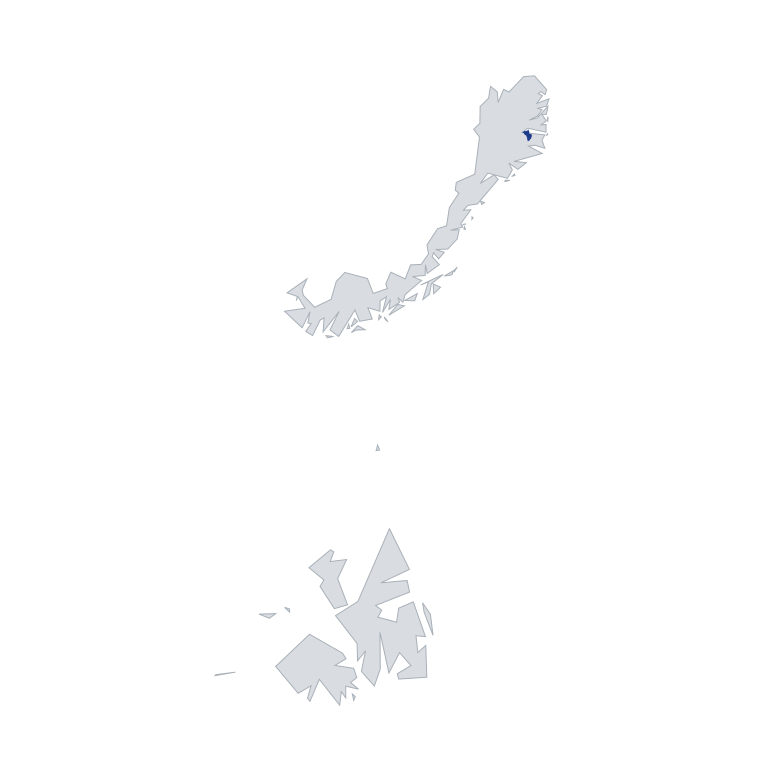 Sogndal nor, Sogn og Fjordane, Norway shown in context, rotated 187°
{"feature_id": "86288312B91120351294699", "entity_name": "Sogndal nor", "entity_type": "district", "adm_level": 2, "iso_a3": "NOR", "parent_name": "Norway", "parent_adm1": "Sogn og Fjordane", "projection": "mercator", "projection_center": [6.969, 61.338], "detail": "fine", "context": "in_parent", "style": "filled", "palette": "blue", "viewbox_px": 768, "rotation_deg": 187, "n_neighbors": 0, "source": "geoboundaries", "source_scale": "gbopen_adm2", "svg_char_len": 6076}
<svg xmlns="http://www.w3.org/2000/svg" viewBox="0 0 768 768"><g transform="rotate(187 384 384)"><path d="M405.8,472.6L392.3,479.1L394.4,483.5L390.9,495.8L375.7,490.9L372.1,505.5L361.7,507.2L355.7,518.5L358.3,527.3L349.8,544.6L341.2,548.6L340.6,567.0L333.0,582.6L336.9,585.1L336.8,592.9L319.5,603.3L319.3,640.7L326.0,647.8L320.6,654.4L322.4,671.1L315.0,680.5L314.6,692.4L307.2,687.8L305.0,677.4L301.2,691.0L295.5,689.1L282.8,706.1L272.2,708.2L258.5,696.0L259.4,690.9L263.9,693.4L266.3,691.1L261.9,689.4L266.6,681.1L255.0,687.1L256.6,679.6L264.9,676.4L260.5,675.6L264.2,668.8L272.1,663.6L264.4,666.7L255.1,679.7L255.7,671.5L260.1,670.8L255.0,664.9L259.7,660.3L254.8,661.3L253.9,653.7L272.5,655.4L277.6,650.5L254.8,650.9L256.9,645.2L253.1,637.6L263.1,639.4L269.6,637.8L255.1,632.1L282.1,620.8L269.7,621.0L277.3,613.4L287.0,618.5L282.7,612.2L286.5,603.2L306.6,606.0L312.9,594.8L300.1,605.0L295.6,601.0L313.2,574.1L322.6,571.5L326.3,566.2L319.1,567.5L327.4,552.5L325.1,549.3L336.5,544.8L328.2,546.3L329.0,536.9L337.2,525.7L349.2,523.8L340.3,522.1L345.0,514.9L350.8,520.3L351.7,516.2L343.6,509.2L354.6,499.0L357.4,507.5L356.4,496.8L368.8,494.1L359.3,491.4L373.8,475.6L375.3,467.4L380.7,471.5L378.5,466.9L388.3,458.6L387.9,468.7L394.2,454.9L392.2,470.8L398.0,466.1L396.9,455.7L409.3,457.8L403.6,447.1L415.8,443.3L421.9,453.9L434.8,425.7L444.2,431.1L437.4,450.5L450.8,428.4L451.5,442.3L455.2,439.6L460.8,423.4L468.1,426.7L463.6,435.0L467.0,435.3L466.3,446.7L472.1,429.8L491.6,444.1L471.6,449.5L480.0,460.2L491.3,462.7L473.3,479.0L476.7,467.4L474.9,462.2L462.2,451.7L446.8,461.6L443.9,479.9L436.5,489.9L413.3,486.7L405.8,472.6ZM356.8,83.0L371.4,96.0L369.8,117.0L376.5,106.0L379.1,123.2L403.9,148.2L383.4,164.9L361.0,241.1L336.2,203.1L362.9,186.3L337.1,191.8L333.3,180.6L365.3,163.2L358.7,159.2L361.7,151.8L342.5,149.1L342.1,163.3L328.4,171.3L312.1,138.3L321.6,138.1L317.7,121.6L310.7,129.6L305.8,98.2L333.4,92.9L335.5,98.0L323.0,107.8L335.8,119.3L343.9,97.8L357.7,137.0L353.0,100.7L356.8,83.0ZM388.8,59.8L412.2,83.0L418.8,60.0L421.6,62.7L419.7,75.6L431.5,66.5L457.1,90.5L427.4,126.5L392.4,111.8L388.2,106.7L398.4,98.7L379.5,98.1L375.2,89.3L380.7,83.6L372.1,78.0L385.2,79.4L383.7,67.8L388.9,73.5L388.8,59.8ZM405.9,155.0L422.8,175.2L419.8,182.2L436.1,192.5L416.9,212.9L413.4,211.2L415.8,201.2L399.7,205.2L406.3,185.2L393.3,160.4L405.9,155.0ZM352.4,490.7L359.6,486.8L338.6,499.9L349.2,489.3L349.8,478.5L355.7,472.6L352.4,490.7ZM363.7,470.3L373.6,469.4L362.0,477.8L363.7,470.3ZM373.4,464.0L387.6,452.9L380.1,464.6L373.4,464.0ZM304.7,140.5L316.3,162.3L319.0,171.5L309.9,161.1L304.7,140.5ZM345.7,479.6L347.4,489.3L339.7,486.9L345.7,479.6ZM422.7,431.1L417.1,438.7L409.5,435.6L418.3,434.1L422.7,431.1ZM423.7,436.7L421.2,445.4L417.9,443.0L423.7,436.7ZM329.8,500.7L337.3,498.5L329.2,504.7L329.8,500.7ZM515.4,75.0L496.4,79.9L516.1,74.0L515.4,75.0ZM469.2,137.5L480.0,140.4L463.5,142.9L469.2,137.5ZM439.9,425.0L445.7,423.0L447.5,424.9L439.9,425.0ZM427.4,434.4L426.3,439.1L424.8,435.0L427.4,434.4ZM397.2,447.2L397.1,451.9L394.9,450.2L397.2,447.2ZM383.7,316.9L382.9,322.5L380.2,318.0L383.7,316.9ZM455.4,150.2L450.4,149.2L449.9,146.1L455.4,150.2ZM308.9,574.1L310.4,577.1L306.4,576.4L308.9,574.1ZM387.5,446.3L390.4,448.0L392.0,450.7L387.5,446.3ZM375.5,66.3L377.7,72.5L374.4,70.2L375.5,66.3ZM288.5,601.1L283.9,601.4L288.7,599.7L288.5,601.1ZM281.9,605.9L280.2,608.3L279.5,607.0L281.9,605.9ZM328.0,505.7L325.5,509.0L328.2,503.4L328.0,505.7ZM254.2,665.9L253.8,669.4L253.4,664.8L254.2,665.9ZM323.2,549.9L322.1,547.3L323.6,547.5L323.2,549.9ZM481.3,456.0L480.7,459.6L480.5,459.0L481.3,456.0ZM324.5,552.3L321.9,552.9L325.0,551.7L324.5,552.3ZM316.8,558.1L317.0,560.6L315.8,559.8L316.8,558.1ZM253.0,650.7L251.9,652.9L252.2,651.1L253.0,650.7Z" fill="#d9dde1" stroke="#a8b0b8" stroke-width="1"/><path d="M275.7,651.0L275.4,651.0L275.3,650.9L275.2,650.8L275.2,650.7L275.0,650.4L275.0,650.1L274.9,649.8L274.1,649.2L273.9,649.2L273.8,649.3L273.8,649.2L273.7,649.0L273.2,648.9L273.1,649.0L272.9,648.9L272.7,648.6L272.4,648.3L272.3,648.0L272.3,647.8L271.6,647.4L271.6,647.2L271.7,646.9L271.7,646.7L271.3,646.6L271.1,646.7L271.0,646.4L271.2,646.1L271.1,645.7L271.1,645.3L271.1,645.0L270.9,644.8L270.9,644.6L270.9,644.3L270.5,644.1L270.4,643.6L270.0,643.9L269.7,644.3L269.5,645.0L269.3,645.1L269.2,645.4L268.8,645.7L268.8,645.8L268.7,646.0L268.4,646.3L268.2,646.3L268.4,646.4L268.4,646.5L268.6,646.4L268.7,646.5L268.8,646.7L268.8,646.8L268.7,646.8L268.5,647.0L268.6,647.3L268.6,647.5L268.4,647.8L268.5,647.8L268.6,648.0L268.5,648.3L268.6,648.5L268.6,648.8L268.5,649.0L268.8,649.1L269.0,649.0L269.0,648.8L269.0,648.7L269.2,648.3L269.2,648.2L269.3,648.2L269.4,647.9L269.5,647.9L269.6,647.7L269.6,647.4L269.7,647.2L269.7,646.9L269.8,646.7L269.9,646.8L269.8,647.0L269.8,647.3L269.8,647.5L269.8,647.8L269.7,647.9L269.6,648.1L269.4,648.4L269.3,648.6L269.2,648.7L269.2,648.9L269.2,649.0L269.0,649.3L269.4,649.5L269.5,649.5L269.6,649.4L269.6,649.2L269.5,648.7L269.9,648.5L270.0,648.6L270.3,648.6L270.3,648.8L270.5,648.9L271.1,648.7L271.2,648.9L271.2,649.4L271.5,649.3L271.6,649.6L271.5,649.8L271.3,649.9L271.4,650.0L271.4,650.4L271.3,650.5L271.4,650.9L271.2,651.0L271.2,651.3L271.3,651.4L271.5,651.5L271.6,651.4L271.8,651.5L272.0,651.5L272.1,651.4L272.1,651.2L272.3,651.1L272.2,651.1L272.3,651.1L272.3,650.9L272.6,650.7L272.8,650.5L273.0,650.4L273.1,650.2L273.2,649.9L273.2,649.7L273.3,649.7L273.5,649.6L273.6,649.4L273.7,649.5L273.4,649.8L273.4,649.7L273.3,649.8L273.3,650.0L273.2,650.1L273.3,650.1L273.2,650.2L273.3,650.2L273.3,650.3L273.2,650.4L273.2,650.5L273.3,650.5L273.5,650.5L273.4,650.7L273.2,650.7L272.8,650.7L272.8,650.8L272.7,650.9L272.5,651.0L272.4,651.0L272.2,651.4L272.1,651.5L271.9,651.6L271.7,651.6L271.4,651.8L271.5,651.9L271.6,652.0L271.6,652.3L271.9,652.4L272.0,652.4L272.0,652.5L272.1,652.4L272.1,652.2L272.4,652.0L272.5,651.9L272.9,651.9L273.0,651.9L273.5,651.7L273.5,651.8L273.7,651.7L273.7,651.4L273.8,651.3L274.1,651.3L274.3,651.3L274.4,651.2L274.5,651.1L274.5,651.3L274.9,651.4L275.1,651.5L275.2,651.4L275.3,651.4L275.6,651.1L275.7,651.0Z" fill="#3b82f6" stroke="#1e3a8a" stroke-width="1.5"/></g></svg>